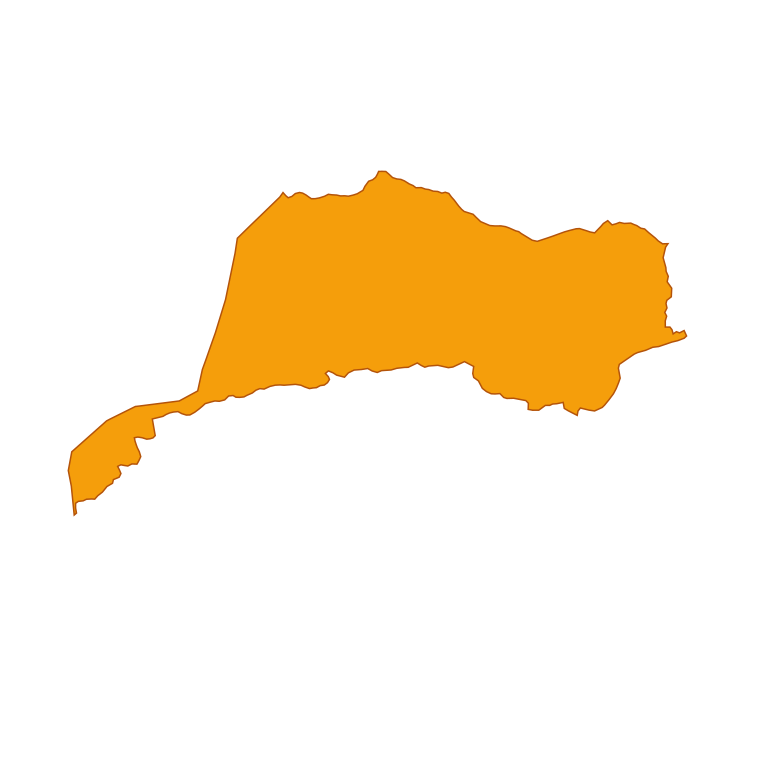 Tianguá, Ceará, Brazil (Mercator projection), rotated 206°
{"feature_id": "56859067B23050099272631", "entity_name": "Tianguá", "entity_type": "district", "adm_level": 2, "iso_a3": "BRA", "parent_name": "Brazil", "parent_adm1": "Ceará", "projection": "mercator", "projection_center": [-41.046, -3.659], "detail": "fine", "context": "isolated", "style": "filled", "palette": "amber", "viewbox_px": 768, "rotation_deg": 206, "n_neighbors": 0, "source": "geoboundaries", "source_scale": "gbopen_adm2", "svg_char_len": 3615}
<svg xmlns="http://www.w3.org/2000/svg" viewBox="0 0 768 768"><g transform="rotate(206 384 384)"><path d="M190.3,634.6L195.1,632.1L200.2,632.8L204.1,634.1L212.6,636.1L217.7,637.6L221.5,636.6L226.3,637.2L229.3,636.9L232.7,636.8L238.5,633.6L243.1,632.5L245.8,629.6L248.8,627.0L254.5,628.9L257.2,624.4L258.2,620.5L260.9,612.2L265.3,611.0L268.6,610.6L276.4,609.4L279.4,607.7L284.6,603.3L288.4,599.9L291.5,596.7L294.7,593.4L296.8,591.2L301.1,586.9L308.8,579.4L313.8,578.2L326.7,579.4L329.7,580.0L332.7,579.4L340.2,579.1L343.8,578.7L348.1,577.4L353.8,574.6L358.4,572.8L368.3,572.3L374.6,574.3L378.3,575.6L387.6,574.2L390.8,575.0L394.7,576.6L397.9,578.2L401.4,580.0L405.5,581.7L409.3,583.7L413.0,583.2L415.7,580.9L420.1,580.6L424.3,578.9L429.0,578.4L432.3,577.3L436.5,576.9L441.3,574.4L444.9,575.1L449.0,574.9L454.6,575.5L458.5,575.3L462.4,573.9L466.8,573.3L471.7,574.8L475.5,575.8L478.9,574.3L482.0,572.7L481.9,569.7L482.1,566.1L483.7,562.6L486.7,559.5L487.8,553.4L487.8,548.8L489.6,546.1L491.4,543.3L494.5,540.3L498.3,537.2L501.9,535.9L505.5,534.0L509.3,533.1L513.6,531.3L517.2,530.1L519.7,526.7L523.7,522.9L527.1,520.4L530.5,518.7L533.6,519.1L536.9,519.7L540.8,519.9L543.9,519.1L547.2,516.3L549.0,512.2L551.8,509.4L554.8,510.2L558.7,511.8L559.6,506.3L567.2,485.3L573.5,468.1L579.7,450.7L575.2,436.3L563.4,390.3L558.0,356.1L556.7,344.7L554.8,328.6L553.6,317.4L548.4,296.1L560.6,279.0L594.6,256.7L597.6,254.8L615.0,232.2L617.2,229.2L634.9,186.2L629.8,167.8L620.3,155.2L605.0,130.4L603.8,133.2L606.8,137.3L608.9,141.6L607.3,144.5L603.2,147.1L600.9,150.0L596.4,152.5L593.5,153.7L592.3,158.1L589.7,163.4L589.0,166.3L588.1,170.4L584.5,175.8L585.3,179.5L583.3,181.7L581.2,184.1L581.2,188.2L584.4,191.0L587.3,193.2L585.1,196.0L581.8,196.9L578.3,198.0L575.6,201.6L570.9,203.7L570.7,207.5L570.8,212.1L574.3,215.9L577.7,218.5L580.0,220.7L582.8,223.6L584.8,226.3L582.0,228.4L577.8,229.7L573.1,230.4L570.3,232.2L568.0,234.3L567.0,237.3L576.9,251.0L568.5,258.0L566.4,261.2L563.9,264.1L560.8,266.6L557.0,268.9L552.9,268.7L548.1,269.4L544.9,271.1L541.7,275.7L539.2,280.6L537.4,284.7L536.1,288.0L532.2,291.5L528.6,294.6L524.4,296.3L520.2,299.9L518.4,305.1L514.6,307.5L511.3,307.2L507.9,308.7L504.2,311.0L502.1,313.9L498.4,318.2L496.4,322.3L493.6,325.4L489.5,326.9L485.5,331.8L481.2,335.3L477.0,337.6L473.3,339.1L463.4,344.9L458.1,346.5L454.1,346.6L449.0,347.2L446.1,349.3L443.1,351.1L440.6,354.6L437.2,356.9L435.4,360.4L435.0,364.2L437.3,366.2L441.3,367.8L439.7,371.4L434.7,371.7L430.5,371.2L422.5,372.8L420.9,378.4L417.0,383.4L410.7,387.1L405.4,390.8L400.4,390.5L395.1,391.4L392.1,394.9L388.5,397.0L383.8,399.7L379.3,403.8L373.0,407.8L369.6,409.6L363.3,417.5L358.7,417.0L354.7,417.0L351.7,419.8L343.8,424.4L333.3,426.9L329.5,429.5L321.5,439.4L311.1,439.1L308.8,432.3L306.2,429.2L300.5,428.2L293.7,423.2L288.6,422.1L283.4,422.2L279.9,423.7L275.6,426.2L270.5,424.4L267.2,424.9L261.3,428.0L249.2,431.3L245.8,430.0L243.3,424.4L238.9,425.6L233.4,428.3L229.6,435.5L225.6,437.5L223.7,439.9L220.1,442.0L214.9,446.0L211.3,441.1L206.6,440.7L196.6,440.5L197.8,444.7L197.0,448.5L188.3,450.4L182.9,452.1L177.6,458.6L176.5,461.7L174.9,468.5L173.5,475.8L173.3,481.7L173.7,487.7L174.3,492.8L180.3,501.0L181.1,504.8L172.2,520.6L169.9,523.4L163.6,529.0L158.6,534.8L153.5,538.1L143.6,547.9L138.9,551.8L134.3,556.7L133.1,559.8L137.7,563.6L140.8,559.5L144.1,559.2L146.1,555.8L148.9,559.0L151.9,560.5L156.1,558.5L158.9,564.1L159.7,568.9L163.0,571.4L163.0,576.4L165.8,579.9L166.5,583.2L164.0,588.3L167.4,596.2L174.3,600.0L175.7,605.4L179.8,608.9L181.7,612.2L188.5,619.9L190.9,630.5L190.3,634.6Z" fill="#f59e0b" stroke="#b45309" stroke-width="1.5"/></g></svg>